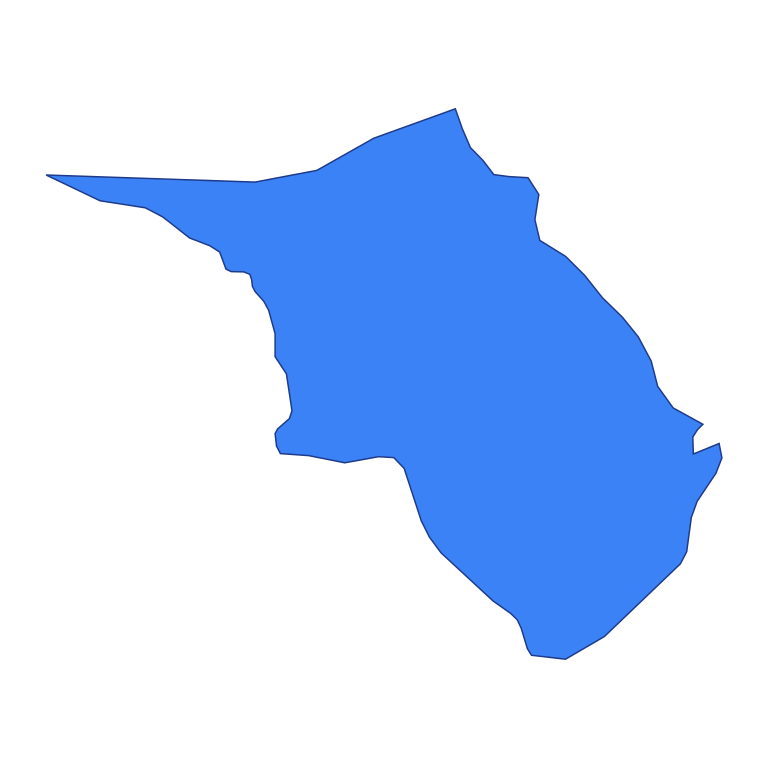 SVG path tracing the border of Belait
{"feature_id": "BRN-1181", "entity_name": "Belait", "entity_type": "District", "adm_level": 1, "iso_a3": "BRN", "parent_name": "Brunei", "parent_adm1": "", "projection": "orthographic", "projection_center": [114.479, 4.349], "detail": "fine", "context": "isolated", "style": "filled", "palette": "blue", "viewbox_px": 768, "rotation_deg": 0, "n_neighbors": 0, "source": "natural_earth", "source_scale": "10m", "svg_char_len": 1043}
<svg xmlns="http://www.w3.org/2000/svg" viewBox="0 0 768 768"><path d="M344.7,462.8L308.6,455.6L280.4,453.6L276.5,446.0L275.1,433.6L277.7,428.8L289.3,418.7L292.0,410.7L286.4,373.8L275.1,356.7L275.1,333.7L268.7,310.4L263.9,301.4L255.2,291.7L252.4,286.3L251.7,279.8L249.8,274.3L243.8,271.9L231.1,271.6L226.0,269.1L219.7,252.1L209.9,245.8L189.6,238.0L162.7,216.9L145.3,207.8L100.1,200.8L46.1,175.0L254.9,182.1L316.8,170.4L373.8,138.2L455.3,108.8L462.3,128.7L470.4,147.6L483.1,160.6L493.8,174.6L509.0,176.6L528.0,177.7L538.8,194.5L534.9,219.7L539.8,240.4L565.6,256.4L584.6,275.3L602.4,297.7L622.4,317.2L638.3,336.9L651.2,361.1L657.7,386.4L673.1,407.9L700.7,423.1L702.6,424.2L702.9,424.3L697.7,429.4L692.8,437.0L693.3,454.0L719.1,443.5L721.9,457.9L716.0,473.1L697.1,501.4L691.3,517.5L686.7,551.7L680.4,563.8L604.4,636.5L565.5,659.2L531.5,655.3L527.4,648.7L521.2,628.2L517.2,619.7L510.6,613.4L493.1,601.0L441.2,553.0L429.4,537.1L421.3,520.9L404.2,468.5L393.8,457.6L378.5,456.7L344.7,462.8Z" fill="#3b82f6" stroke="#1e3a8a" stroke-width="1.5"/></svg>